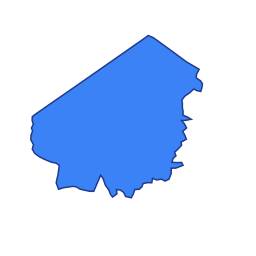 Brejão, Pernambuco, Brazil (Robinson projection), rotated 236°
{"feature_id": "56859067B36734598843882", "entity_name": "Brejão", "entity_type": "district", "adm_level": 2, "iso_a3": "BRA", "parent_name": "Brazil", "parent_adm1": "Pernambuco", "projection": "robinson", "projection_center": [-36.553, -9.03], "detail": "fine", "context": "isolated", "style": "filled", "palette": "blue", "viewbox_px": 256, "rotation_deg": 236, "n_neighbors": 0, "source": "geoboundaries", "source_scale": "gbopen_adm2", "svg_char_len": 1271}
<svg xmlns="http://www.w3.org/2000/svg" viewBox="0 0 256 256"><g transform="rotate(236 128 128)"><path d="M136.9,219.8L149.8,213.6L180.6,202.5L188.7,199.5L193.4,196.5L193.2,192.8L191.8,103.9L191.5,77.4L191.2,59.0L190.9,55.0L187.8,52.7L184.2,51.7L181.9,47.9L178.8,47.2L176.2,43.5L172.6,40.9L167.1,40.3L163.9,36.8L159.1,36.5L153.4,38.6L149.3,40.9L142.8,45.1L138.9,48.9L135.4,50.1L132.2,47.2L128.4,43.8L125.7,40.9L122.7,37.8L116.0,36.2L114.5,41.3L110.3,49.9L108.0,52.3L104.1,54.1L100.7,57.2L96.7,61.2L94.7,64.2L104.1,78.9L100.7,79.1L97.4,78.4L93.5,77.3L87.0,77.4L82.8,76.4L79.4,76.6L79.6,82.0L83.4,84.0L80.9,86.9L77.1,88.4L72.6,87.7L68.3,91.7L70.1,95.1L73.2,99.5L70.9,102.9L71.4,106.4L73.5,109.6L71.6,113.9L69.3,117.1L72.5,120.2L69.1,122.5L66.7,127.3L63.3,129.0L62.6,133.3L66.0,138.2L70.5,141.4L68.0,145.2L66.3,152.8L69.5,153.2L71.7,149.6L75.0,145.2L77.6,148.4L78.1,152.2L81.9,153.1L82.6,158.0L83.8,162.8L86.6,164.1L86.1,170.2L91.0,171.2L94.6,171.4L95.3,176.6L99.9,177.1L104.3,176.6L102.3,179.6L99.9,185.3L104.3,183.2L107.9,180.7L110.5,182.7L115.1,184.8L117.8,186.8L121.0,188.2L122.6,192.7L122.7,198.8L123.6,204.3L120.4,206.1L117.6,208.8L120.2,211.9L123.1,214.5L126.5,214.5L131.4,212.6L134.2,214.8L136.9,219.8Z" fill="#3b82f6" stroke="#1e3a8a" stroke-width="1.5"/></g></svg>